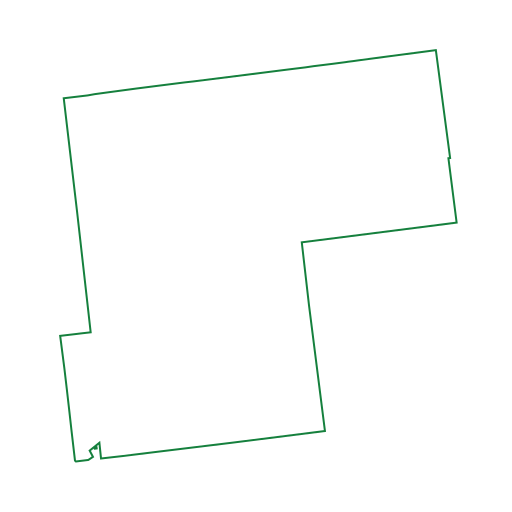 outline of Weld, Colorado, United States of America, rotated 353°
{"feature_id": "52423323B62932676099867", "entity_name": "Weld", "entity_type": "district", "adm_level": 2, "iso_a3": "USA", "parent_name": "United States of America", "parent_adm1": "Colorado", "projection": "albers", "projection_center": [-104.512, 40.501], "detail": "fine", "context": "isolated", "style": "outline", "palette": "green", "viewbox_px": 512, "rotation_deg": 353, "n_neighbors": 0, "source": "geoboundaries", "source_scale": "gbopen_adm2", "svg_char_len": 890}
<svg xmlns="http://www.w3.org/2000/svg" viewBox="0 0 512 512"><g transform="rotate(353 256 256)"><path d="M459.2,247.3L458.9,182.4L460.6,182.4L459.6,73.6L459.4,73.6L411.2,74.0L381.6,74.3L376.2,74.4L371.2,74.4L368.5,74.5L355.5,74.6L350.6,74.6L350.3,74.6L337.8,74.6L336.4,74.6L332.1,74.7L328.2,74.8L324.5,74.8L319.2,74.8L314.2,74.8L309.0,74.8L284.9,74.9L284.1,74.9L214.7,75.1L206.6,75.0L178.6,75.1L157.6,75.2L131.0,75.5L115.6,75.7L108.5,76.1L84.4,76.0L83.8,190.7L83.5,222.2L82.6,311.6L72.7,311.5L72.1,311.5L66.9,311.5L51.9,311.4L52.1,343.1L52.1,345.2L52.0,364.2L51.8,388.0L51.6,406.4L51.4,437.0L52.2,438.0L64.7,438.0L69.7,435.5L67.2,428.9L77.8,422.3L77.6,432.8L77.5,438.1L88.5,438.2L98.6,438.3L135.3,438.3L208.7,438.4L303.1,438.1L302.6,311.3L303.1,248.0L459.2,247.3ZM72.5,427.6L74.4,427.6L74.4,426.3L73.0,426.1L72.5,426.3L72.5,427.6Z" fill="none" stroke="#15803d" stroke-width="2"/></g></svg>